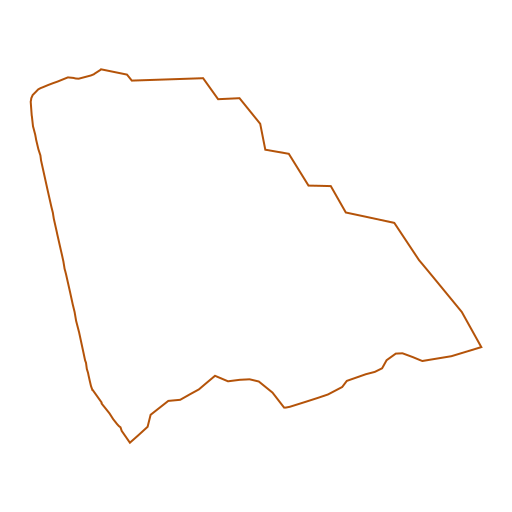 Fouli, Lac, Chad
{"feature_id": "50815135B95453652867262", "entity_name": "Fouli", "entity_type": "district", "adm_level": 2, "iso_a3": "TCD", "parent_name": "Chad", "parent_adm1": "Lac", "projection": "orthographic", "projection_center": [13.802, 14.046], "detail": "fine", "context": "isolated", "style": "outline", "palette": "amber", "viewbox_px": 512, "rotation_deg": 0, "n_neighbors": 0, "source": "geoboundaries", "source_scale": "gbopen_adm2", "svg_char_len": 1752}
<svg xmlns="http://www.w3.org/2000/svg" viewBox="0 0 512 512"><path d="M434.7,279.0L426.2,268.7L419.0,260.1L394.3,222.9L365.6,216.7L345.8,212.5L330.8,186.1L319.2,185.8L308.5,185.6L288.8,153.8L265.3,149.7L260.2,123.8L239.5,98.2L228.8,98.7L218.1,99.2L203.1,78.2L176.6,79.1L146.7,80.1L131.8,80.6L127.0,74.6L101.0,69.3L100.6,69.8L98.6,71.1L95.0,73.4L93.8,74.3L90.8,75.5L78.7,78.7L75.7,78.5L73.3,77.9L67.9,77.4L62.9,79.4L57.5,81.6L53.2,83.1L48.2,85.0L42.7,87.3L40.6,88.1L38.2,89.4L35.6,92.1L32.7,95.0L31.3,98.2L31.2,98.9L30.9,100.8L30.7,101.7L31.7,115.3L31.9,116.4L33.0,126.3L33.1,126.7L33.5,128.1L35.2,134.6L35.8,137.8L36.1,139.6L37.9,147.2L38.3,148.9L38.5,149.6L40.4,155.4L40.8,158.5L41.0,160.2L43.5,171.5L47.6,190.1L51.3,206.5L52.3,210.5L52.9,212.9L53.2,215.0L53.8,218.7L56.9,232.5L57.2,234.0L59.8,245.5L60.8,249.9L62.0,255.1L63.4,261.5L64.3,267.0L64.5,268.4L64.9,270.0L65.1,270.6L66.0,274.1L70.1,292.3L72.8,304.7L73.2,306.3L74.6,312.0L76.1,320.8L78.9,331.6L79.0,331.9L83.6,353.3L84.5,357.6L85.1,360.4L86.0,362.8L86.8,368.8L86.9,369.2L88.0,372.7L88.6,375.7L88.7,376.1L89.7,380.6L90.8,385.3L91.1,386.4L92.4,390.0L92.7,390.0L101.6,402.5L101.6,403.5L102.7,404.9L103.5,405.9L104.8,407.5L107.2,410.5L109.5,413.4L113.2,419.2L115.9,422.6L116.9,423.9L118.9,426.1L120.5,427.3L121.7,430.9L129.9,442.7L138.5,435.1L147.6,426.8L150.6,414.8L168.3,400.9L180.2,399.8L190.1,394.2L198.9,389.4L205.0,384.2L215.0,375.8L228.0,381.3L239.8,379.8L249.6,379.3L258.8,381.5L272.5,392.6L284.1,407.6L285.7,407.6L289.8,406.8L305.7,401.8L317.2,398.1L327.9,394.5L342.2,387.0L346.8,380.9L365.9,374.2L374.8,371.9L382.1,368.3L386.6,360.2L395.8,353.6L402.5,353.3L412.8,357.1L422.2,361.0L451.4,356.2L481.3,347.1L461.8,312.0L434.7,279.0Z" fill="none" stroke="#b45309" stroke-width="2"/></svg>